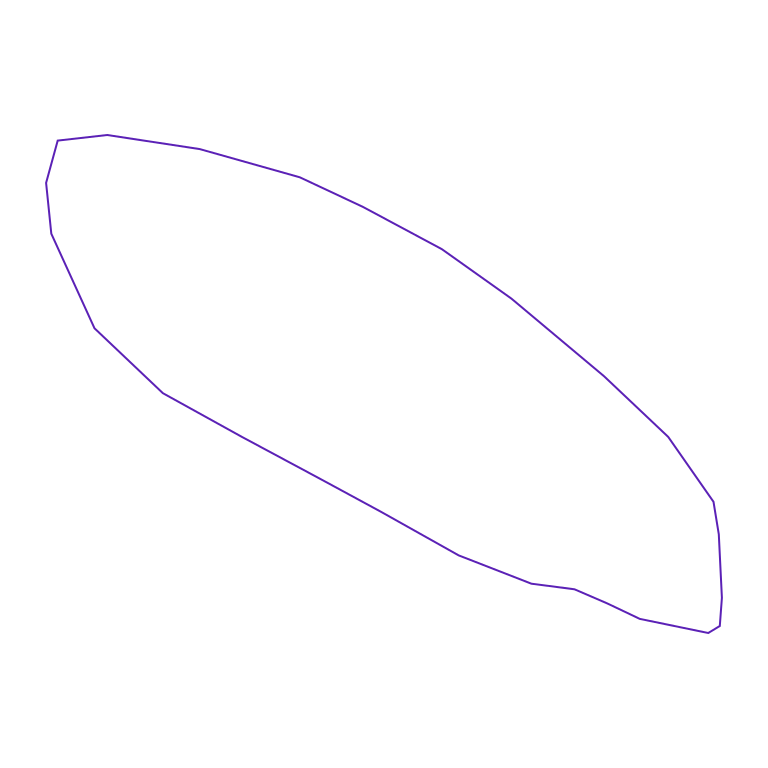 Lakena, Tuvalu (Equal Earth projection)
{"feature_id": "33948139B28516646403189", "entity_name": "Lakena", "entity_type": "district", "adm_level": 2, "iso_a3": "TUV", "parent_name": "Tuvalu", "parent_adm1": "", "projection": "equal_earth", "projection_center": [176.069, -5.648], "detail": "fine", "context": "isolated", "style": "outline", "palette": "violet", "viewbox_px": 768, "rotation_deg": 0, "n_neighbors": 0, "source": "geoboundaries", "source_scale": "gbopen_adm2", "svg_char_len": 446}
<svg xmlns="http://www.w3.org/2000/svg" viewBox="0 0 768 768"><path d="M57.7,140.6L46.1,182.9L51.3,233.7L94.5,328.3L162.9,393.2L241.9,436.9L320.8,479.2L380.8,511.7L458.7,555.4L531.4,583.7L574.5,589.3L607.2,603.4L639.8,618.9L708.2,633.0L719.8,626.0L721.9,597.8L718.8,534.3L713.5,501.8L668.2,436.9L604.0,376.2L511.4,298.6L441.9,249.2L362.9,206.9L299.8,177.3L199.8,149.1L107.1,135.0L57.7,140.6Z" fill="none" stroke="#5b21b6" stroke-width="2"/></svg>